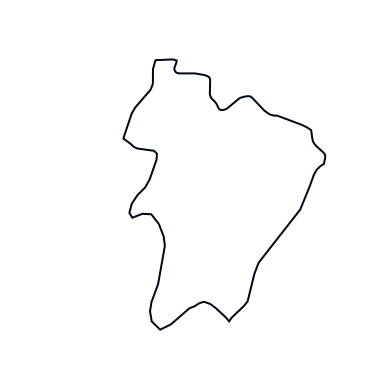 an SVG outline of Jendouba, rotated 311°
{"feature_id": "TUN-106", "entity_name": "Jendouba", "entity_type": "Governorate", "adm_level": 1, "iso_a3": "TUN", "parent_name": "Tunisia", "parent_adm1": "", "projection": "albers", "projection_center": [8.765, 36.686], "detail": "fine", "context": "isolated", "style": "outline", "palette": "ink", "viewbox_px": 384, "rotation_deg": 311, "n_neighbors": 0, "source": "natural_earth", "source_scale": "10m", "svg_char_len": 1479}
<svg xmlns="http://www.w3.org/2000/svg" viewBox="0 0 384 384"><g transform="rotate(311 192 192)"><path d="M164.5,153.7L174.0,151.7L193.0,144.1L197.9,140.5L198.2,136.4L188.8,121.9L187.9,118.4L188.1,114.2L187.3,105.2L192.3,103.0L211.8,95.0L218.5,93.7L241.9,93.7L248.0,91.5L259.3,81.8L267.6,78.0L279.5,90.6L281.2,94.2L280.3,94.9L275.3,96.9L274.5,97.1L273.5,97.7L272.5,98.8L271.8,101.2L272.2,102.9L273.0,104.4L283.4,116.4L288.6,124.9L289.6,127.7L289.9,130.0L289.1,131.2L288.1,132.5L278.0,140.9L276.9,142.1L276.2,143.4L275.6,144.9L275.3,146.7L275.2,149.8L274.8,151.8L274.3,153.5L273.6,154.9L272.9,156.4L272.3,158.4L272.8,159.8L273.7,161.2L275.1,162.2L276.6,163.1L278.0,163.7L293.8,166.3L294.9,166.8L297.9,168.7L300.5,170.8L302.0,172.5L302.5,174.1L302.6,175.6L300.9,192.8L301.4,199.2L302.3,201.5L303.3,203.5L305.5,206.2L314.8,231.1L316.4,237.3L316.8,241.2L315.9,242.5L311.5,247.4L309.7,250.0L309.1,251.2L308.7,252.5L308.2,255.7L308.0,265.6L307.8,266.7L307.3,268.0L306.3,269.2L304.9,270.2L299.8,273.1L295.3,271.9L290.7,271.5L285.5,272.5L273.8,277.0L249.8,285.2L183.9,288.6L181.4,289.0L170.9,292.9L146.0,305.7L140.4,306.0L123.2,304.4L118.7,304.9L119.5,300.2L120.0,286.0L119.5,279.5L117.1,273.1L112.9,270.5L107.7,269.0L102.4,266.3L78.5,263.0L67.2,258.3L67.2,258.1L67.9,246.5L74.4,238.6L82.4,233.6L100.2,226.9L133.6,206.8L139.8,199.9L146.1,188.0L148.5,175.9L143.0,168.9L133.4,163.8L135.2,158.4L143.7,154.2L154.3,152.9L164.5,153.7Z" fill="none" stroke="#020617" stroke-width="2"/></g></svg>